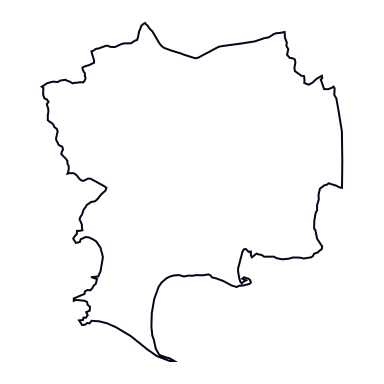 Viamão, Rio Grande do Sul, Brazil (Robinson projection)
{"feature_id": "56859067B37980844021564", "entity_name": "Viamão", "entity_type": "district", "adm_level": 2, "iso_a3": "BRA", "parent_name": "Brazil", "parent_adm1": "Rio Grande do Sul", "projection": "robinson", "projection_center": [-50.925, -30.204], "detail": "fine", "context": "isolated", "style": "outline", "palette": "ink", "viewbox_px": 384, "rotation_deg": 0, "n_neighbors": 0, "source": "geoboundaries", "source_scale": "gbopen_adm2", "svg_char_len": 4036}
<svg xmlns="http://www.w3.org/2000/svg" viewBox="0 0 384 384"><path d="M62.7,80.2L60.0,80.6L58.4,81.8L56.3,82.0L53.4,81.6L51.3,82.1L49.3,82.6L46.9,83.3L45.0,84.7L43.3,85.7L41.7,86.7L43.4,87.9L43.2,91.4L43.1,94.5L44.4,98.4L46.7,99.3L48.6,101.9L46.8,104.1L47.8,107.5L48.4,109.6L48.3,112.4L47.8,115.2L47.8,117.5L47.8,120.1L49.5,121.7L51.3,122.7L53.3,124.5L54.3,127.0L56.8,128.9L57.7,131.6L57.1,133.5L56.7,135.9L56.0,138.2L56.5,140.8L57.8,142.9L58.6,144.9L60.3,145.8L62.2,146.7L63.0,149.4L61.9,151.8L61.3,154.0L62.8,155.7L65.6,158.5L67.4,160.8L67.4,163.6L68.6,165.8L68.8,168.6L68.2,171.7L67.5,173.7L69.5,173.2L72.5,173.1L74.4,173.5L76.5,175.2L78.2,177.2L79.6,179.1L81.5,180.5L83.8,180.8L85.5,179.8L88.2,178.6L90.6,178.7L93.2,180.2L94.8,181.0L103.9,186.0L106.4,187.7L105.4,190.7L103.2,192.6L101.6,194.1L99.6,196.3L98.5,198.0L96.9,199.6L95.4,201.0L93.7,201.6L91.1,201.9L88.9,203.6L86.9,204.8L85.5,207.2L83.7,209.5L82.7,212.5L81.9,214.8L80.5,216.7L79.5,219.3L80.6,221.6L81.9,224.6L81.9,227.3L82.4,230.3L79.1,230.9L77.0,230.9L76.8,234.1L74.8,236.2L73.2,238.6L75.9,242.9L79.8,242.0L80.7,239.3L85.7,237.0L89.1,237.5L93.3,239.5L96.4,241.6L97.9,243.9L100.6,248.0L101.2,250.5L102.1,253.6L102.9,257.3L100.5,271.3L99.2,274.2L98.2,276.5L91.0,277.1L97.0,279.0L95.8,283.7L93.7,285.7L92.3,288.2L90.4,290.3L87.5,290.0L84.9,291.4L84.6,293.9L73.8,298.4L73.8,300.8L75.7,299.9L84.7,300.8L87.1,302.0L87.6,304.8L90.0,306.8L89.7,310.7L86.2,312.2L87.7,315.2L85.8,317.8L83.5,317.6L83.0,320.0L79.1,320.4L82.2,325.1L85.3,324.6L87.3,322.9L89.5,323.4L91.6,320.8L99.1,321.3L107.0,323.3L115.9,327.2L130.8,336.1L147.3,349.4L156.9,356.1L165.8,359.5L169.8,361.0L174.2,361.0L169.4,358.2L167.0,357.7L164.7,356.9L161.8,355.9L159.3,354.9L155.8,348.8L153.8,339.7L152.3,335.5L151.4,326.5L151.8,313.0L154.2,299.2L156.5,292.7L158.7,286.7L161.6,282.5L166.6,278.2L170.3,276.4L174.2,275.4L179.3,275.1L184.0,276.5L187.9,275.7L193.7,275.7L195.8,275.1L202.8,275.3L208.6,274.4L210.5,275.4L212.0,277.4L215.9,278.3L223.3,281.0L225.8,282.4L231.9,285.6L236.8,287.0L239.3,285.7L242.8,285.6L249.5,283.9L250.9,282.6L250.3,280.5L249.0,279.0L244.1,277.3L242.3,278.7L246.0,280.4L243.8,281.5L241.7,283.4L240.0,281.1L239.3,278.4L238.1,271.7L238.1,268.5L242.0,253.5L242.5,251.6L243.9,249.3L245.8,249.0L248.7,251.9L250.9,251.6L250.8,254.9L251.9,257.3L256.5,253.6L258.2,254.3L261.5,254.9L264.2,256.7L266.8,256.7L273.8,256.7L276.7,258.2L282.2,259.3L288.8,258.7L292.9,257.5L299.9,257.6L303.7,258.5L311.2,257.3L312.8,256.2L314.1,253.7L317.9,252.4L319.3,250.9L321.8,249.0L322.2,246.6L317.1,238.7L315.4,230.2L314.1,228.5L314.2,225.3L314.3,220.9L315.3,214.7L316.0,212.1L317.1,210.4L317.1,205.1L318.8,199.4L318.5,195.1L319.9,188.7L324.2,185.4L326.9,184.7L328.6,183.3L336.6,185.8L339.2,187.3L342.0,187.8L342.3,161.4L341.9,131.5L338.4,109.9L336.3,98.3L334.3,95.0L334.6,88.3L333.5,86.6L332.0,87.7L328.2,89.2L324.1,89.1L320.8,79.6L322.3,78.1L321.8,75.8L316.6,78.8L312.4,82.7L308.7,84.7L304.3,83.0L304.5,80.4L304.1,76.2L301.3,75.7L294.9,71.1L294.4,67.9L295.4,62.5L294.9,59.6L293.3,58.5L289.8,57.9L287.0,54.8L288.3,49.3L286.4,45.8L286.8,42.5L285.0,37.9L284.6,32.0L279.7,33.0L276.3,33.2L273.6,34.2L268.8,37.3L264.3,38.2L254.8,41.4L240.6,43.6L222.9,46.0L219.7,46.5L217.5,47.4L213.9,49.3L208.2,52.4L203.9,54.6L198.6,57.5L196.2,58.2L193.7,57.8L186.8,55.6L183.7,54.6L181.6,53.7L178.4,52.7L174.4,51.5L170.9,50.4L166.3,48.7L164.4,48.0L162.9,47.1L161.4,45.8L159.7,43.7L157.8,40.7L156.2,37.8L154.4,34.8L152.4,31.4L150.1,29.2L148.8,27.7L147.9,25.9L146.4,24.7L145.1,23.0L143.4,24.0L141.5,25.5L140.8,27.3L140.0,29.6L139.1,31.4L138.6,34.0L137.9,37.6L137.1,39.9L135.1,40.6L133.2,41.8L130.8,43.3L127.0,43.3L123.3,43.5L120.4,44.5L117.7,45.8L115.3,46.9L112.7,47.0L110.5,46.9L108.3,45.9L106.0,45.7L104.1,46.5L101.9,47.2L98.9,48.4L95.8,48.9L94.0,50.3L91.5,51.4L92.1,53.9L93.0,57.0L94.0,60.1L94.1,62.7L89.4,65.0L84.5,66.5L82.5,67.5L82.7,69.6L83.8,71.7L84.9,73.3L84.8,75.7L85.6,78.3L84.6,80.7L83.2,82.4L79.9,82.2L77.3,82.7L75.0,82.8L72.5,83.3L70.0,81.7L67.2,80.8L65.5,79.8L62.7,80.2Z" fill="none" stroke="#020617" stroke-width="2"/></svg>